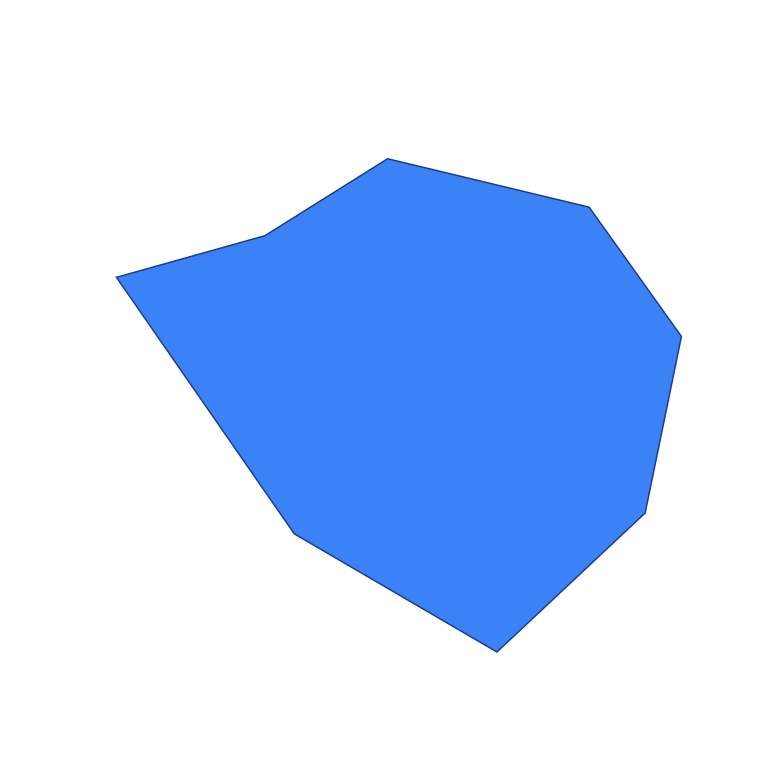 the border of Şuşa, rotated 196°
{"feature_id": "AZE-5565", "entity_name": "Şuşa", "entity_type": "Municipality", "adm_level": 1, "iso_a3": "AZE", "parent_name": "Azerbaijan", "parent_adm1": "", "projection": "albers", "projection_center": [46.75, 39.758], "detail": "fine", "context": "isolated", "style": "filled", "palette": "blue", "viewbox_px": 768, "rotation_deg": 196, "n_neighbors": 0, "source": "natural_earth", "source_scale": "10m", "svg_char_len": 278}
<svg xmlns="http://www.w3.org/2000/svg" viewBox="0 0 768 768"><g transform="rotate(196 384 384)"><path d="M201.6,157.5L428.9,215.2L670.6,412.8L539.4,493.7L442.7,601.5L235.5,610.5L111.2,511.7L97.4,332.0L201.6,157.5Z" fill="#3b82f6" stroke="#1e3a8a" stroke-width="1.5"/></g></svg>